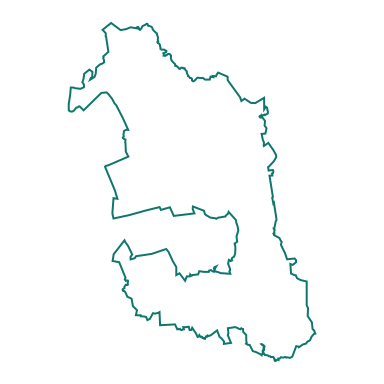 the district of Sahuaripa, Sonora, Mexico
{"feature_id": "50627088B83077859313792", "entity_name": "Sahuaripa", "entity_type": "district", "adm_level": 2, "iso_a3": "MEX", "parent_name": "Mexico", "parent_adm1": "Sonora", "projection": "natural_earth1", "projection_center": [-108.983, 29.019], "detail": "fine", "context": "isolated", "style": "outline", "palette": "teal", "viewbox_px": 384, "rotation_deg": 0, "n_neighbors": 0, "source": "geoboundaries", "source_scale": "gbopen_adm2", "svg_char_len": 5960}
<svg xmlns="http://www.w3.org/2000/svg" viewBox="0 0 384 384"><path d="M267.9,111.7L266.9,107.5L265.8,106.7L264.2,109.3L264.1,97.8L255.3,103.1L250.9,102.9L244.5,98.7L241.4,101.0L240.1,97.3L227.7,80.2L227.6,76.7L218.1,72.6L216.6,74.7L216.0,76.3L212.8,76.0L213.2,77.2L210.5,76.7L209.7,79.6L205.1,79.6L202.8,77.9L201.6,78.1L197.4,77.7L194.5,80.7L193.5,81.3L193.0,81.3L192.0,80.4L192.0,79.0L191.7,78.4L190.9,78.0L189.8,77.9L188.9,76.5L188.0,76.1L188.1,75.4L187.3,74.1L186.8,72.7L186.8,71.4L185.2,69.7L184.6,68.2L183.4,68.5L182.9,67.8L182.4,67.9L181.4,67.6L180.1,68.5L180.0,68.8L179.2,68.8L178.7,68.2L178.5,67.7L177.3,66.8L177.1,66.3L176.4,66.0L175.3,65.9L175.1,65.6L175.4,65.0L175.0,64.1L171.5,60.5L171.5,59.8L170.9,58.5L171.0,55.5L169.6,54.1L168.8,53.9L167.8,54.1L166.9,54.9L166.1,55.0L165.5,55.8L163.6,55.7L163.9,53.6L163.5,53.2L166.0,52.2L166.4,51.0L164.0,49.6L161.3,49.6L160.4,48.9L160.5,47.2L160.1,46.7L159.9,44.8L159.0,43.5L158.0,43.2L157.4,42.4L157.4,42.0L158.2,41.4L157.8,40.1L158.0,37.5L157.0,34.5L156.9,33.4L156.4,33.2L153.5,30.4L152.6,29.1L152.3,27.8L151.9,27.2L150.9,26.5L148.1,25.7L147.4,23.9L146.4,23.9L145.5,24.7L142.5,26.1L141.3,28.5L140.1,29.9L139.5,29.7L138.6,27.4L138.3,27.1L137.5,27.0L136.7,27.5L137.0,28.4L130.6,27.3L126.2,29.1L120.6,30.1L111.1,23.0L102.6,29.8L105.8,33.3L105.7,36.5L106.1,36.7L108.4,51.9L103.3,56.4L103.6,57.1L103.2,58.3L103.9,59.6L104.1,62.4L102.3,63.6L100.2,64.3L96.2,67.7L95.7,73.9L94.5,77.0L90.1,79.7L90.8,78.0L92.2,77.0L92.4,71.8L89.4,69.6L84.2,73.8L83.6,78.4L82.4,82.4L83.5,83.8L84.0,85.1L84.0,86.9L83.8,87.3L80.5,88.8L75.1,88.2L73.6,87.6L70.8,87.5L70.1,95.4L68.7,104.1L68.8,110.5L70.5,111.5L72.2,111.6L73.9,110.6L76.4,107.5L77.3,107.5L79.1,106.3L80.1,106.8L83.6,110.3L101.4,92.9L106.6,92.4L108.5,94.2L112.2,99.0L114.6,103.5L116.3,105.3L122.7,117.8L128.2,129.9L126.4,129.8L124.3,130.7L123.9,131.2L123.8,133.0L123.4,134.0L123.8,136.4L123.6,136.9L122.8,137.5L122.9,138.0L124.2,139.0L125.5,139.6L125.2,142.5L125.5,142.9L125.8,151.7L128.4,156.6L108.5,165.2L105.6,166.0L105.0,166.7L115.0,190.7L117.4,198.8L113.5,198.2L112.4,212.9L112.6,214.6L113.5,218.5L129.3,215.1L145.0,210.7L159.6,207.1L160.9,209.9L169.9,207.3L173.8,215.9L194.4,213.4L192.7,209.0L192.9,206.5L203.9,210.7L205.0,214.2L206.2,215.2L210.4,217.6L215.1,218.2L216.2,218.8L218.0,217.7L225.4,216.5L225.7,215.8L228.2,213.4L228.6,211.9L235.9,220.0L236.3,222.7L237.7,226.7L238.3,230.7L236.5,236.4L237.2,241.7L234.6,243.6L235.3,246.4L235.4,249.1L235.1,253.9L234.1,256.7L232.2,257.8L231.6,259.3L232.1,260.4L230.6,261.0L228.9,259.9L228.1,263.8L229.9,268.4L230.0,270.4L229.4,271.2L230.3,273.8L220.4,273.1L218.7,272.3L214.5,271.2L215.1,268.0L216.1,266.5L214.8,267.1L215.1,267.6L214.6,267.7L214.8,268.0L214.6,268.4L214.0,268.6L214.3,269.8L213.9,271.7L212.4,271.2L211.0,270.1L209.1,270.6L208.8,271.9L204.0,271.9L199.3,271.2L198.1,274.4L191.6,275.2L191.5,275.7L190.7,275.3L190.2,274.6L189.9,276.4L186.8,276.4L185.1,280.8L179.5,273.3L176.3,275.1L176.3,267.1L172.6,260.8L168.6,252.0L166.2,249.0L151.7,253.9L136.1,256.2L134.7,258.2L130.7,259.4L130.5,256.9L132.2,254.4L127.9,245.6L125.4,242.3L124.5,240.3L113.7,254.2L112.6,261.0L119.2,262.2L125.5,277.7L124.8,279.5L125.8,280.8L126.4,280.4L127.9,280.6L128.0,281.4L127.7,282.9L127.9,284.7L127.1,285.1L125.8,284.8L124.4,286.7L124.4,288.2L122.9,289.0L122.6,289.9L123.2,291.0L124.3,291.1L125.1,291.9L126.2,294.0L127.3,296.7L131.6,298.7L132.9,306.1L137.0,310.2L135.9,315.2L140.7,315.3L140.8,316.3L144.2,316.5L146.1,317.0L147.4,320.1L149.9,318.9L153.0,313.2L155.2,313.6L158.2,312.9L159.5,312.1L160.1,325.2L175.0,324.4L177.1,329.0L177.4,328.7L177.8,329.1L178.3,328.9L178.9,329.3L180.0,328.9L180.5,329.7L181.7,330.1L182.6,329.4L183.9,329.3L183.3,327.1L185.6,327.2L188.7,326.7L189.6,330.0L191.4,329.9L192.2,327.8L195.9,333.3L197.6,336.9L198.6,336.6L199.3,335.1L200.5,336.9L201.3,336.6L202.3,337.0L202.5,338.0L203.9,338.0L204.2,338.8L205.1,338.8L205.9,336.5L206.5,336.5L206.8,336.2L207.1,336.5L207.7,335.5L208.3,335.9L208.9,336.0L211.1,335.0L217.1,330.4L219.6,336.9L221.5,338.4L224.0,341.5L223.9,343.9L231.0,342.9L227.8,335.2L228.4,333.2L227.9,328.2L235.4,327.1L240.2,329.3L241.2,328.3L241.8,328.8L243.0,329.0L243.3,332.1L246.2,334.9L246.3,341.0L246.7,342.8L246.0,343.7L247.9,344.8L249.7,344.9L252.8,351.1L255.8,352.0L260.4,354.2L261.6,355.2L261.8,354.2L263.4,353.9L263.5,353.4L262.8,352.4L262.6,351.3L262.9,350.3L263.7,349.6L263.5,349.0L263.6,347.4L264.0,346.2L263.7,345.7L262.5,345.2L261.4,344.2L261.9,344.1L264.0,345.6L264.5,346.3L264.0,349.0L264.2,349.8L263.2,351.2L263.1,351.6L264.0,353.9L264.5,354.2L264.8,354.9L267.8,355.4L268.8,356.2L270.3,356.3L270.7,357.1L273.2,356.9L273.9,357.9L274.1,358.7L274.8,359.3L274.6,360.5L275.1,361.0L275.8,360.9L276.2,360.3L277.1,359.7L278.5,360.1L278.4,358.5L279.8,358.5L281.0,357.2L283.0,357.6L285.4,357.0L286.3,357.6L287.0,357.3L290.0,357.9L292.3,356.7L296.2,346.2L298.3,346.5L298.9,347.3L302.8,344.5L306.1,343.6L307.4,341.6L309.6,340.7L310.5,339.3L311.4,336.9L314.1,333.7L315.3,333.6L314.2,330.6L313.6,330.1L312.6,329.0L311.9,322.4L307.7,316.1L308.0,308.1L306.7,305.3L306.7,281.5L300.7,280.1L297.0,278.2L295.8,275.3L294.5,275.2L291.0,273.5L290.4,264.0L292.8,264.9L296.0,262.3L296.1,260.3L294.6,258.5L287.1,259.3L285.0,253.2L280.9,244.7L281.7,242.0L280.8,240.8L279.4,238.0L274.1,235.2L274.0,234.9L274.4,234.3L274.4,233.6L273.6,233.9L273.4,233.6L274.3,232.5L274.3,231.0L274.7,230.1L274.3,229.1L273.8,228.9L273.6,228.3L274.4,228.1L275.7,221.3L276.5,220.1L276.4,218.6L273.9,202.7L273.3,203.5L272.2,197.6L272.9,197.0L269.5,175.7L272.4,175.5L272.0,173.5L273.0,173.2L273.4,171.5L273.1,170.2L272.9,170.0L268.6,170.6L268.1,167.1L268.9,166.6L273.7,161.4L276.3,157.1L275.9,154.7L273.4,150.2L268.3,142.9L263.9,146.0L263.7,145.4L263.9,143.9L263.9,142.2L262.9,140.1L261.6,133.9L265.4,133.6L266.5,128.2L264.6,125.6L265.0,120.9L262.4,117.5L260.4,117.6L259.5,116.6L259.7,116.1L260.7,116.0L261.5,114.8L262.6,115.7L264.5,114.6L264.9,115.1L267.8,113.5L267.9,111.7Z" fill="none" stroke="#0f766e" stroke-width="2"/></svg>